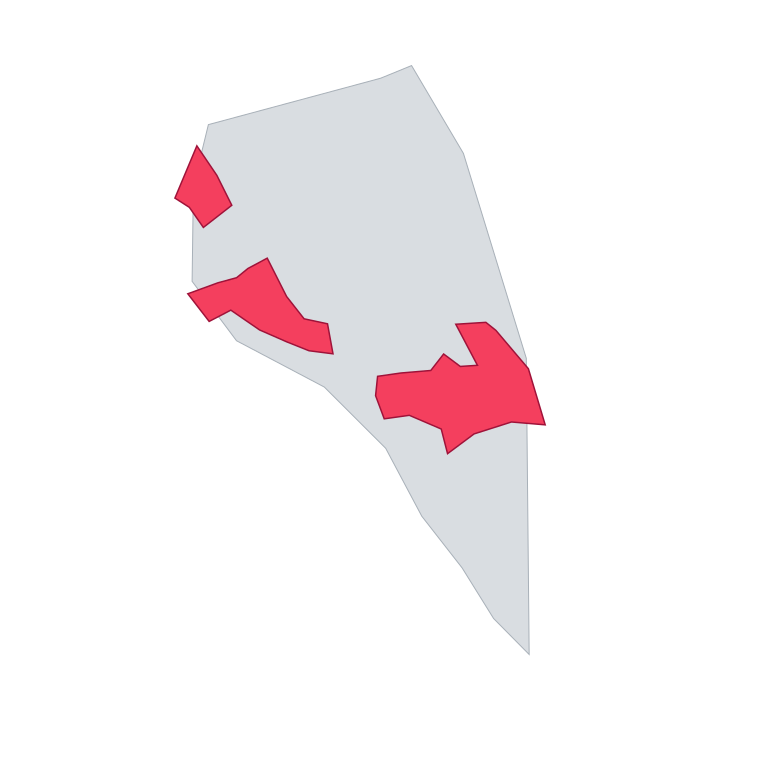 where Schaan sits in Liechtenstein, rotated 160°
{"feature_id": "LIE-4896", "entity_name": "Schaan", "entity_type": "state/province", "adm_level": 1, "iso_a3": "LIE", "parent_name": "Liechtenstein", "parent_adm1": "", "projection": "robinson", "projection_center": [9.557, 47.13], "detail": "fine", "context": "in_parent", "style": "filled", "palette": "rose", "viewbox_px": 768, "rotation_deg": 160, "n_neighbors": 0, "source": "natural_earth", "source_scale": "10m", "svg_char_len": 906}
<svg xmlns="http://www.w3.org/2000/svg" viewBox="0 0 768 768"><g transform="rotate(160 384 384)"><path d="M460.3,687.8L282.6,672.5L249.2,673.8L230.5,573.5L241.5,359.5L340.1,80.2L361.2,126.1L373.5,184.5L393.7,246.8L404.4,323.0L441.1,401.5L507.8,475.1L529.2,546.1L495.4,635.2L460.3,687.8Z" fill="#d9dde1" stroke="#a8b0b8" stroke-width="1"/><path d="M395.7,351.2L395.9,375.9L387.4,393.4L364.5,388.6L335.4,380.7L317.7,391.8L306.3,374.4L289.8,369.6L296.1,415.6L267.2,407.1L260.5,396.1L243.1,349.0L246.5,290.5L277.2,304.7L316.4,306.3L348.1,296.8L345.6,322.1L370.9,345.9L395.7,351.2ZM526.9,502.6L537.5,535.9L505.2,535.9L486.2,534.3L472.3,539.1L450.7,542.2L445.6,499.5L436.8,472.6L416.5,459.9L421.6,429.8L443.1,440.9L460.8,456.7L482.4,477.3L502.7,505.8L526.9,502.6ZM516.9,630.2L478.4,671.8L469.7,637.2L465.9,604.0L500.2,592.9L506.5,616.6L516.9,630.2Z" fill="#f43f5e" stroke="#9f1239" stroke-width="1.5"/></g></svg>